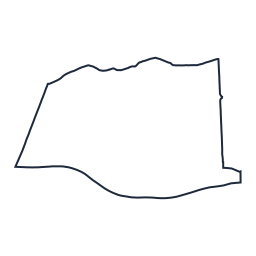 the district of Sliedrecht, Zuid-Holland, Netherlands
{"feature_id": "6326949B68381004062168", "entity_name": "Sliedrecht", "entity_type": "district", "adm_level": 2, "iso_a3": "NLD", "parent_name": "Netherlands", "parent_adm1": "Zuid-Holland", "projection": "albers", "projection_center": [4.773, 51.831], "detail": "fine", "context": "isolated", "style": "outline", "palette": "slate", "viewbox_px": 256, "rotation_deg": 0, "n_neighbors": 0, "source": "geoboundaries", "source_scale": "gbopen_adm2", "svg_char_len": 5119}
<svg xmlns="http://www.w3.org/2000/svg" viewBox="0 0 256 256"><path d="M240.6,182.5L240.5,171.4L239.8,171.7L239.6,171.8L233.0,169.0L231.7,168.5L227.2,168.0L223.2,167.8L223.2,162.3L222.9,162.2L222.8,160.0L222.8,159.7L222.8,159.1L222.7,158.2L222.6,157.8L222.6,157.2L222.6,156.8L222.5,156.4L222.4,155.7L222.3,155.3L222.3,154.9L222.2,154.5L222.2,149.4L222.2,148.5L222.1,146.2L222.0,142.7L221.9,140.3L221.9,139.4L221.7,134.5L221.6,133.7L221.6,133.4L221.5,131.3L221.3,126.1L221.1,122.5L221.0,119.2L220.9,117.0L220.8,114.9L220.7,111.3L220.6,109.3L220.5,107.4L220.4,106.0L220.3,103.7L220.2,101.5L220.2,100.7L220.3,100.3L220.4,99.8L220.5,99.4L220.6,99.2L221.1,98.6L221.3,98.4L221.8,98.0L222.0,97.9L222.1,96.8L221.8,96.7L221.7,96.7L220.5,95.0L220.3,94.6L220.2,94.4L220.1,94.1L220.0,93.9L220.0,93.6L219.9,93.4L219.9,91.6L219.6,85.3L219.6,84.2L219.5,83.4L219.4,80.3L219.3,77.2L219.3,76.8L219.3,76.1L219.2,75.2L219.1,74.7L219.2,74.1L219.1,73.6L219.1,73.3L219.1,72.7L219.0,72.3L219.0,71.9L219.0,71.5L218.9,70.1L218.9,69.6L218.9,69.0L218.8,67.4L218.7,64.8L218.6,63.4L218.5,60.2L218.4,59.1L218.0,59.1L217.8,59.0L217.5,59.0L216.7,59.2L215.1,59.6L213.5,60.2L213.0,60.3L211.7,60.8L211.1,61.0L210.0,61.3L207.8,62.0L207.2,62.1L205.9,62.5L204.9,62.8L203.4,63.5L201.3,64.1L200.5,64.2L200.4,64.3L199.9,64.4L199.0,64.6L198.2,64.9L197.0,65.2L196.5,65.2L195.4,65.1L194.5,65.1L193.5,65.1L193.3,65.1L192.6,65.2L191.7,65.2L191.3,65.2L191.1,65.2L190.8,65.2L190.6,65.2L190.0,65.2L189.1,65.3L188.4,65.3L186.6,65.2L184.6,65.3L183.2,65.4L181.1,65.4L180.7,65.4L179.9,65.4L179.4,65.4L179.1,65.3L177.3,65.4L176.9,65.3L176.5,65.4L175.0,65.3L173.6,65.2L173.2,65.1L172.7,64.9L172.4,64.8L172.2,64.7L171.9,64.4L171.6,64.2L171.3,63.8L170.9,63.4L170.7,63.2L170.3,63.0L170.2,62.9L169.7,62.8L169.4,62.7L169.2,62.7L168.7,62.6L168.0,62.4L166.9,61.9L166.6,61.8L165.1,61.2L164.5,60.9L163.7,60.6L162.5,60.1L162.1,59.9L160.9,59.5L160.7,59.4L160.2,59.1L159.4,58.9L157.9,58.5L156.3,58.0L156.0,57.9L155.7,57.8L155.4,57.8L155.1,57.8L154.8,57.9L153.3,58.2L152.0,58.5L151.4,58.6L150.3,58.9L150.0,59.0L149.6,59.1L147.9,59.7L146.3,60.3L146.1,60.4L145.6,60.6L145.1,60.7L144.7,60.8L143.8,61.0L143.5,61.1L143.1,61.2L142.6,61.3L142.3,61.4L142.2,61.5L141.0,62.0L140.9,62.0L140.7,62.1L140.4,62.2L140.2,62.2L140.1,62.3L139.8,62.4L139.7,62.4L139.5,62.5L139.2,62.6L138.9,62.8L138.7,63.0L138.4,63.3L137.8,63.8L137.7,64.0L137.3,64.5L135.8,66.0L135.2,66.4L134.7,66.5L134.4,66.4L134.1,66.4L133.5,66.4L133.2,66.4L132.8,66.4L131.9,66.4L131.7,66.5L131.2,66.6L129.6,67.2L129.2,67.3L128.2,68.0L127.8,68.1L127.4,68.2L126.2,68.6L125.8,68.7L124.9,69.0L124.3,69.2L123.4,69.5L121.6,70.0L121.1,70.2L120.7,70.2L119.5,70.1L119.3,70.1L118.4,70.1L118.2,70.1L117.8,70.1L117.4,70.1L117.0,70.0L116.9,70.0L116.8,69.9L116.7,69.9L116.1,69.7L115.8,69.5L115.6,69.4L115.2,69.2L114.9,69.0L114.8,68.9L114.6,68.8L114.3,68.7L114.2,68.6L113.7,68.5L113.4,68.4L112.8,68.5L112.7,68.5L112.2,68.7L111.7,68.8L111.3,69.0L111.2,69.0L110.1,69.3L110.0,69.5L109.5,69.7L108.9,69.6L107.8,70.1L106.2,70.5L105.7,70.6L105.0,70.6L104.9,70.6L104.7,70.6L104.0,70.7L103.0,70.8L102.7,70.7L102.4,70.7L100.5,70.4L99.7,70.2L99.1,70.0L99.0,69.9L98.9,69.8L98.3,69.4L98.0,69.2L97.8,69.1L97.6,68.9L97.1,68.7L96.7,68.4L96.3,68.2L96.1,68.1L95.4,67.8L95.2,67.6L94.9,67.4L93.7,66.9L93.1,66.5L92.6,66.4L92.1,66.2L91.2,66.1L90.0,65.7L89.2,65.4L88.9,65.4L88.5,65.3L88.4,65.3L88.1,65.3L87.9,65.4L87.5,65.5L81.9,67.3L81.7,67.3L81.3,67.5L81.1,67.6L80.5,67.9L80.4,67.9L79.1,68.4L78.5,68.7L77.9,69.0L76.9,69.5L76.6,69.7L76.2,69.9L74.4,70.7L73.7,71.0L73.0,71.2L72.4,71.4L70.8,71.9L69.5,72.5L68.6,72.9L68.2,73.1L66.7,73.8L64.1,75.3L63.9,75.4L61.2,77.8L61.0,78.1L58.5,79.7L57.1,80.4L54.5,81.6L53.6,82.0L52.2,82.6L51.6,82.9L51.1,83.1L50.9,83.2L50.0,83.6L49.4,83.8L49.1,83.8L48.8,83.8L48.5,83.8L48.1,83.7L47.8,83.9L47.0,86.2L46.0,88.5L44.7,92.2L42.7,97.5L42.1,98.8L41.5,100.4L41.3,101.0L40.7,102.7L39.6,105.4L39.5,105.8L39.4,106.1L38.3,108.9L37.9,109.8L37.5,111.0L37.0,112.2L36.3,114.0L34.9,117.5L34.0,120.1L29.8,130.9L29.3,132.4L28.1,135.6L27.3,137.4L26.1,140.5L25.2,143.3L22.3,150.9L19.2,158.0L15.4,166.8L27.0,167.3L32.7,167.4L36.6,167.3L38.2,167.3L41.1,167.1L50.9,166.5L51.3,166.4L51.6,166.3L52.3,166.3L53.0,166.3L54.5,166.3L59.4,166.3L60.1,166.3L62.2,166.4L63.4,166.5L64.3,166.6L65.9,166.9L67.0,167.0L67.9,167.2L68.6,167.3L70.9,167.9L72.0,168.2L74.6,169.1L75.6,169.4L76.7,169.8L77.7,170.2L79.7,171.1L80.1,171.3L80.8,171.6L81.6,172.0L84.2,173.5L84.7,173.8L85.3,174.2L86.2,174.9L87.0,175.5L88.0,176.3L88.7,176.9L92.8,180.1L96.9,182.9L100.7,185.6L104.8,188.5L108.8,190.8L112.9,192.8L116.9,194.4L117.3,194.5L117.7,194.7L119.4,195.2L120.9,195.6L121.6,195.7L122.5,195.9L124.4,196.2L127.4,196.6L128.2,196.8L130.8,197.2L131.6,197.3L132.3,197.4L135.3,197.5L136.8,197.6L138.2,197.6L141.5,197.5L144.5,197.4L146.4,197.4L149.8,197.5L152.9,197.6L154.0,197.7L157.0,198.0L161.1,198.2L162.1,198.2L164.9,198.2L168.8,197.9L172.8,197.4L176.5,196.7L178.0,196.4L178.4,196.2L184.5,194.5L191.9,192.3L198.7,190.1L203.8,188.7L206.0,188.2L207.2,187.9L209.7,187.3L215.7,186.6L218.7,186.2L223.7,185.4L231.2,183.3L232.4,183.2L240.6,182.5Z" fill="none" stroke="#1e293b" stroke-width="2"/></svg>